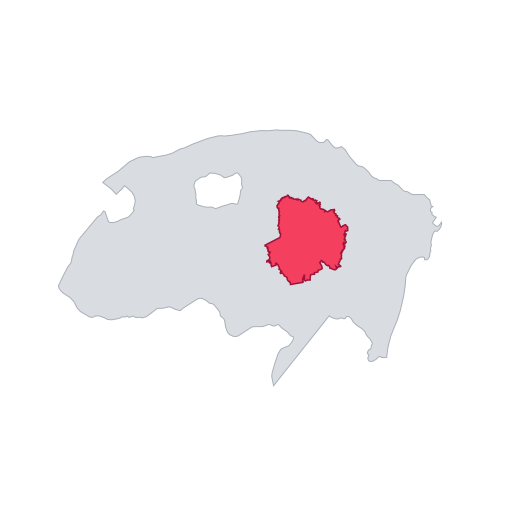 Pixley ka Seme, Northern Cape, South Africa shown in context, rotated 219°
{"feature_id": "47623444B63696254381244", "entity_name": "Pixley ka Seme", "entity_type": "district", "adm_level": 2, "iso_a3": "ZAF", "parent_name": "South Africa", "parent_adm1": "Northern Cape", "projection": "natural_earth1", "projection_center": [24.003, -30.211], "detail": "fine", "context": "in_parent", "style": "filled", "palette": "rose", "viewbox_px": 512, "rotation_deg": 219, "n_neighbors": 0, "source": "geoboundaries", "source_scale": "gbopen_adm2", "svg_char_len": 9619}
<svg xmlns="http://www.w3.org/2000/svg" viewBox="0 0 512 512"><g transform="rotate(219 256 256)"><path d="M346.8,103.9L357.7,102.3L362.6,103.2L368.4,105.8L373.9,106.7L383.2,105.8L386.4,106.2L388.9,107.1L390.8,108.5L393.3,118.8L395.5,129.8L395.4,133.4L395.7,134.8L398.2,139.4L399.2,142.4L400.7,144.7L403.9,156.5L404.2,158.6L403.7,187.0L402.4,190.5L402.9,195.0L401.3,195.5L392.2,189.8L390.6,190.1L387.9,192.2L385.5,195.5L384.3,198.4L379.6,206.1L379.2,210.9L379.5,215.1L381.0,215.3L382.1,218.3L384.6,223.1L388.7,226.1L392.7,227.5L398.2,227.9L402.5,227.8L402.3,224.5L403.5,215.9L410.7,217.0L421.4,216.7L420.6,222.3L416.4,235.1L413.7,249.5L410.3,256.8L408.5,259.8L403.2,265.1L400.4,266.9L398.2,267.5L389.1,278.2L385.7,283.4L382.6,290.9L379.6,295.1L375.2,303.9L367.5,316.9L361.0,325.5L358.2,328.0L356.3,329.1L351.2,334.1L344.0,342.1L338.5,349.1L330.4,357.2L325.7,360.7L318.6,367.6L316.6,368.6L308.7,375.1L303.0,379.0L293.8,383.5L290.1,384.8L281.5,383.6L277.8,384.2L274.8,387.0L274.5,390.9L273.2,391.5L265.3,389.7L262.0,390.0L260.0,392.1L258.5,394.7L253.9,394.8L245.8,392.1L236.2,390.4L234.0,390.2L229.4,392.3L227.7,392.6L221.0,392.1L217.2,390.9L213.6,390.9L210.9,391.9L207.6,392.3L198.6,399.7L194.0,399.7L190.0,400.5L182.9,399.5L180.8,400.0L178.7,401.3L173.8,401.9L172.0,403.0L163.9,409.7L160.5,409.0L156.3,408.9L151.5,405.3L149.6,405.6L150.1,404.5L150.2,402.6L148.5,400.6L146.6,400.7L145.6,399.1L142.7,399.0L140.3,399.5L139.8,393.2L138.7,392.6L135.8,392.5L134.4,392.7L133.7,393.3L133.0,394.7L133.1,399.0L132.0,397.8L130.8,395.2L130.4,392.4L130.8,389.1L132.9,387.9L132.2,383.7L128.7,376.6L126.6,375.0L125.0,371.3L123.3,370.0L122.6,367.4L121.0,365.4L120.4,362.1L121.2,360.2L122.6,359.2L124.0,360.8L125.8,360.2L128.2,357.8L129.6,354.3L129.6,348.5L129.2,345.0L127.1,335.7L126.1,333.6L121.5,327.0L116.2,318.1L109.4,304.1L106.1,295.8L101.0,278.8L96.6,269.2L91.3,260.3L90.6,259.7L91.4,258.6L94.1,256.5L95.4,256.0L96.0,256.2L96.7,255.7L97.3,254.3L97.7,251.1L99.0,247.8L100.1,246.4L102.6,245.4L104.5,246.7L105.3,247.9L105.6,249.5L106.5,250.3L107.8,250.2L108.7,251.2L109.3,253.3L109.2,254.7L108.5,255.6L108.6,256.9L109.6,258.3L110.7,261.6L115.8,263.4L118.6,263.6L121.3,264.4L123.9,265.9L128.1,266.2L133.9,265.5L138.7,265.8L142.4,267.2L145.2,267.5L146.8,266.6L147.5,265.3L147.3,263.6L148.1,262.5L150.0,262.0L151.5,260.8L152.6,258.6L155.3,256.9L159.4,255.6L161.5,255.6L160.7,166.2L168.1,172.4L169.9,175.3L173.5,183.6L177.3,193.9L178.0,198.9L177.8,200.0L174.1,206.8L173.9,210.1L174.4,214.1L175.3,216.0L176.4,216.6L179.0,215.7L183.1,216.7L190.8,216.3L194.7,216.8L195.7,216.5L196.5,215.6L197.5,213.3L198.4,212.5L202.0,211.5L203.6,210.1L206.2,205.5L213.8,199.2L214.7,197.7L219.5,182.8L220.9,180.7L223.1,179.3L227.3,178.2L229.8,178.8L232.5,180.1L235.5,182.2L240.0,186.3L241.6,186.9L246.1,187.1L248.9,189.7L257.3,191.6L259.8,191.5L262.4,190.0L266.7,190.1L271.4,189.1L274.2,186.4L279.7,170.1L280.3,166.5L281.0,165.5L285.4,163.7L290.8,162.3L291.9,161.5L295.3,157.0L299.7,153.2L302.9,140.2L304.9,137.1L306.2,135.8L307.0,135.8L308.1,135.0L309.6,133.4L311.3,132.4L313.4,132.0L314.7,130.9L315.3,129.2L316.3,128.3L317.8,128.4L318.7,127.8L318.9,126.7L322.2,123.9L322.3,122.7L324.2,120.0L328.0,115.6L331.5,113.2L334.8,112.7L340.8,110.4L343.0,108.3L344.4,105.5L346.8,103.9ZM334.8,296.5L340.1,294.3L344.1,291.4L345.1,286.0L348.1,282.8L349.3,279.7L350.2,275.6L348.4,271.2L346.0,269.9L341.5,266.1L339.6,263.5L336.9,261.4L335.0,258.8L331.9,259.6L327.1,261.7L324.1,263.6L321.6,265.9L317.1,267.5L312.8,274.7L311.4,276.4L308.1,281.6L303.4,284.2L303.2,285.1L304.8,289.4L306.9,293.7L309.2,297.2L309.1,299.3L309.8,301.0L311.9,302.2L315.3,306.5L317.1,307.9L322.3,309.0L323.1,308.7L324.6,306.1L324.8,304.3L328.4,298.6L329.9,296.9L334.8,296.5Z" fill="#d9dde1" stroke="#a8b0b8" stroke-width="1"/><path d="M251.5,334.8L252.4,334.8L252.6,332.3L252.2,331.5L252.6,330.9L252.8,330.1L252.5,329.8L253.3,329.4L253.5,327.8L254.0,327.4L255.4,327.0L256.2,327.4L256.3,327.6L256.6,327.4L257.9,327.1L258.6,326.3L259.3,326.7L259.2,325.6L260.1,325.3L260.6,325.3L260.8,325.5L260.9,325.3L261.1,324.9L261.3,324.6L262.2,324.1L263.2,324.2L263.5,323.8L263.8,324.0L264.1,324.0L264.4,323.6L264.7,323.5L265.1,323.6L265.2,323.3L265.5,323.5L265.6,323.4L265.7,323.1L265.9,322.8L266.2,322.9L266.3,322.6L266.2,322.6L266.3,322.3L266.5,322.3L267.5,322.9L267.4,323.0L267.8,323.1L267.9,322.8L269.1,323.4L269.8,323.0L269.6,322.5L269.8,321.3L270.0,320.8L270.4,320.9L271.0,320.1L271.1,319.6L270.8,319.2L271.1,319.0L271.3,319.0L271.8,318.6L272.1,317.8L271.8,317.8L271.6,317.3L272.3,316.6L272.2,316.4L272.2,316.2L272.4,315.7L272.4,315.3L272.2,315.2L272.1,314.9L271.5,314.5L271.8,314.0L272.5,313.6L273.1,312.6L272.6,312.7L272.3,312.5L272.2,312.4L271.8,312.4L271.7,312.3L271.7,311.8L271.6,311.4L271.6,311.0L271.6,310.9L271.3,310.9L271.4,310.6L271.3,310.0L271.5,309.7L271.3,309.3L271.2,308.8L271.4,308.5L271.2,308.1L270.5,307.6L270.5,307.4L270.2,307.2L270.1,307.3L269.5,306.9L269.1,307.1L268.8,306.9L268.6,307.3L268.2,307.4L267.8,306.9L267.7,306.6L267.2,306.0L267.0,305.8L266.8,305.5L266.3,305.6L265.9,305.5L265.8,305.1L265.2,304.5L265.2,304.4L265.4,304.3L265.3,304.1L264.9,303.6L264.6,303.5L264.4,303.3L264.0,302.4L263.4,302.0L263.2,302.0L262.9,302.1L262.9,301.7L263.0,301.5L263.1,301.0L262.8,300.3L262.6,300.2L262.2,300.5L261.9,300.4L261.7,300.0L261.4,299.8L261.1,299.5L261.1,299.3L261.3,299.1L261.2,298.8L260.8,298.6L260.7,298.2L260.4,298.4L260.2,298.4L260.1,297.8L259.8,297.5L259.8,297.2L259.6,296.6L258.9,296.2L258.9,295.6L258.5,295.3L258.4,295.0L258.1,294.6L258.1,294.2L258.3,293.9L258.0,293.3L257.2,293.1L256.6,293.1L255.7,292.7L255.4,291.9L255.5,291.1L255.5,290.9L255.2,290.9L255.1,291.2L254.3,291.2L253.9,290.8L253.5,290.3L253.1,289.5L252.7,289.6L252.2,289.3L252.2,289.0L252.1,288.8L251.4,288.7L251.0,288.8L250.9,288.6L250.4,288.2L249.9,287.3L249.7,286.7L249.2,286.2L249.2,285.1L256.0,269.6L255.8,269.8L255.6,269.7L255.6,269.9L255.4,270.1L255.3,269.9L255.3,269.7L255.1,269.6L255.0,269.9L255.0,270.0L254.6,269.9L253.9,270.1L253.6,270.0L253.0,270.1L252.9,270.0L252.3,270.2L252.2,270.1L252.5,269.8L252.5,269.4L252.2,269.3L251.9,268.9L251.5,268.9L251.2,269.1L250.9,268.9L250.4,268.2L250.4,267.9L250.1,267.6L249.9,267.7L249.7,267.4L249.3,267.3L249.2,267.2L248.6,267.4L248.4,267.1L248.2,267.3L247.9,267.3L247.8,267.8L247.6,267.8L247.5,267.6L247.4,267.7L247.1,266.6L246.9,266.4L246.9,266.1L247.6,264.9L246.0,264.3L245.8,264.4L245.0,263.9L244.6,263.7L244.3,263.6L243.7,262.6L243.6,262.0L243.7,261.8L243.4,261.4L243.3,260.9L243.8,260.7L243.8,260.4L244.0,259.9L244.4,259.6L244.5,259.2L243.9,258.2L243.1,259.3L241.2,259.3L241.4,259.7L242.2,260.8L241.6,261.0L240.3,260.3L239.8,259.6L239.2,259.2L238.4,258.4L237.2,257.5L235.4,260.3L234.6,261.9L236.0,262.6L235.5,263.3L234.8,263.1L233.0,262.8L231.7,262.0L230.3,261.6L229.7,260.1L229.2,260.4L228.0,260.5L227.2,259.6L226.8,260.2L226.2,260.0L226.3,259.3L226.6,258.2L226.0,257.9L225.8,258.5L224.7,259.2L224.0,259.2L222.4,258.8L222.0,258.8L221.3,258.3L220.4,258.7L219.6,258.8L218.0,258.7L217.4,257.8L216.7,257.3L215.4,256.9L214.1,256.9L213.9,257.2L213.7,256.8L212.5,256.8L211.3,255.5L202.9,265.1L203.0,265.4L203.3,265.2L203.6,265.2L203.8,265.9L204.0,266.2L204.3,266.5L204.9,266.9L205.3,267.8L205.7,268.4L205.7,268.6L205.3,268.9L205.3,269.0L205.5,269.4L205.9,269.7L206.1,270.0L206.3,270.2L206.2,270.9L206.5,271.4L206.2,271.6L205.7,270.5L204.4,269.3L203.8,267.8L201.9,267.7L201.2,269.4L198.8,271.4L200.1,273.0L201.7,275.7L200.3,277.6L199.0,278.6L200.1,279.9L197.8,282.5L198.7,284.2L197.7,285.2L196.6,287.8L198.4,289.5L200.7,290.4L202.4,291.0L202.1,292.2L202.5,293.5L201.0,293.9L200.5,293.1L198.9,294.0L196.1,293.2L194.5,293.6L194.0,293.6L193.7,294.4L192.3,294.1L190.7,293.0L189.6,293.7L187.1,294.3L185.5,295.4L185.3,298.0L186.4,297.7L187.4,298.3L185.2,298.4L185.1,299.6L183.8,300.7L183.7,301.4L186.1,301.6L186.7,301.4L187.3,303.0L187.6,304.9L188.5,306.6L187.7,307.7L189.0,308.9L189.9,310.3L190.7,311.1L192.0,311.5L191.3,312.4L191.6,313.3L192.2,313.5L191.7,314.6L192.0,315.0L192.4,314.9L192.4,315.6L192.0,316.3L192.1,316.6L192.0,317.5L192.9,317.7L192.6,319.0L193.7,320.0L194.1,319.2L195.8,320.0L196.1,320.7L196.4,321.7L196.2,321.8L194.8,321.3L194.5,322.5L194.7,323.7L195.8,324.0L196.9,324.1L197.6,324.3L197.3,325.3L198.3,325.4L198.7,325.8L198.8,326.3L198.7,327.3L200.0,327.4L201.0,327.8L201.1,328.0L199.4,328.8L199.7,329.8L200.8,329.6L201.3,329.2L201.6,330.1L202.2,331.2L202.4,331.4L202.6,332.0L201.4,332.3L201.1,332.8L200.7,333.4L201.3,334.3L202.1,334.6L202.1,335.2L203.4,336.4L204.7,336.1L206.0,336.7L206.5,336.2L207.1,334.8L207.4,333.8L207.6,333.8L207.8,332.1L208.6,331.9L212.3,334.0L213.6,334.1L213.7,335.0L214.7,335.3L213.9,337.3L214.6,337.7L215.0,337.7L215.4,337.6L217.0,337.1L217.9,338.5L218.8,338.0L219.5,337.6L219.8,338.6L220.4,339.0L221.8,338.6L223.1,339.0L223.6,339.3L223.3,339.8L223.4,340.5L223.5,340.9L224.1,341.3L224.3,341.4L224.4,341.0L224.7,341.0L225.1,340.8L225.7,340.0L226.9,339.0L226.8,338.4L227.5,337.5L227.5,336.6L228.3,335.4L229.2,335.0L230.4,335.0L230.3,334.7L230.6,334.0L230.7,334.3L232.2,334.8L232.7,334.8L232.9,334.5L233.7,334.4L234.1,333.8L234.6,333.5L235.0,333.7L236.5,333.4L236.9,333.6L237.3,334.6L237.8,334.6L238.5,335.0L239.0,335.1L239.1,335.4L238.4,336.2L238.9,336.3L238.8,336.6L239.0,336.7L239.8,337.9L240.1,338.0L240.5,337.7L240.5,337.0L241.2,336.5L241.2,335.9L241.5,335.1L241.4,334.8L243.1,334.8L242.8,335.2L242.7,335.4L243.0,336.3L243.3,336.5L243.6,337.3L244.2,336.9L245.2,336.8L245.1,336.3L245.4,335.7L246.7,335.8L246.9,336.0L247.1,336.2L247.5,336.3L247.5,336.0L247.8,336.3L248.4,335.9L248.6,335.7L248.6,335.3L248.9,335.0L250.6,335.0L250.4,334.4L250.9,335.0L251.5,334.8Z" fill="#f43f5e" stroke="#9f1239" stroke-width="1.5"/></g></svg>